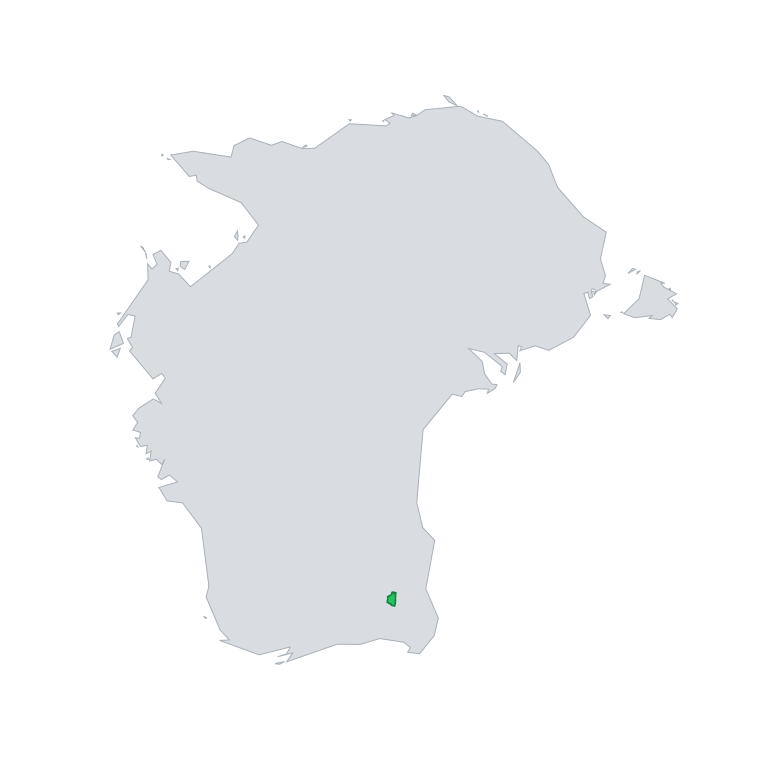 location of Narembeen, Western Australia, Australia, rotated 280°
{"feature_id": "25037944B21858000962433", "entity_name": "Narembeen", "entity_type": "district", "adm_level": 2, "iso_a3": "AUS", "parent_name": "Australia", "parent_adm1": "Western Australia", "projection": "albers", "projection_center": [118.572, -32.022], "detail": "fine", "context": "in_parent", "style": "filled", "palette": "green", "viewbox_px": 768, "rotation_deg": 280, "n_neighbors": 0, "source": "geoboundaries", "source_scale": "gbopen_adm2", "svg_char_len": 5515}
<svg xmlns="http://www.w3.org/2000/svg" viewBox="0 0 768 768"><g transform="rotate(280 384 384)"><path d="M580.1,155.7L580.9,194.0L592.7,194.9L603.0,208.9L599.5,231.7L605.1,241.3L601.6,262.6L604.1,274.8L634.3,304.7L638.6,341.7L642.0,344.6L644.5,338.9L650.2,347.2L652.3,344.6L650.4,362.3L653.3,368.7L661.3,377.0L670.9,411.3L664.0,429.9L663.3,454.9L640.2,494.4L628.9,507.9L608.0,520.6L583.3,551.2L572.1,576.5L544.8,575.4L529.1,583.3L521.0,582.3L521.5,589.4L511.6,576.6L514.0,574.9L513.7,572.3L511.5,571.7L506.3,574.7L503.9,571.5L509.9,568.8L507.8,565.1L487.5,575.5L462.8,562.4L445.7,540.4L447.8,526.4L440.4,512.0L444.5,513.2L445.1,509.5L430.1,510.6L436.1,502.0L433.1,487.3L425.0,501.9L414.2,501.6L416.8,496.7L421.7,497.5L432.7,477.5L433.6,461.2L423.3,476.7L411.5,481.3L402.7,490.2L402.9,495.5L398.8,494.1L392.7,487.4L397.1,488.0L395.6,477.5L390.6,465.2L385.2,462.9L385.8,452.9L345.8,430.4L273.0,436.8L249.4,447.0L238.8,461.1L189.6,460.7L162.9,478.1L145.0,477.2L124.5,465.9L123.9,453.9L128.9,455.8L133.1,448.4L132.6,424.1L123.5,406.0L119.6,383.1L93.5,336.3L103.3,340.9L97.0,326.7L101.4,335.0L108.7,337.3L95.6,308.0L102.9,266.6L105.1,276.2L113.3,265.3L143.5,245.8L154.3,246.7L210.2,229.3L232.0,206.2L231.2,190.8L243.0,180.2L251.7,197.7L257.1,188.5L251.3,181.4L253.3,177.3L271.9,181.1L266.1,179.2L270.4,172.7L267.4,166.6L277.5,166.4L274.1,161.8L282.5,161.6L280.1,155.1L287.8,148.5L288.1,152.7L294.0,152.6L295.1,144.6L303.3,148.1L309.3,142.0L318.0,147.2L329.2,159.4L326.3,168.2L335.2,160.3L351.9,167.7L355.8,163.2L348.9,155.6L372.5,127.6L376.3,130.0L384.2,123.3L386.3,126.8L407.7,127.1L408.0,119.7L394.5,112.6L397.0,111.1L445.8,133.6L461.4,130.3L456.9,135.6L462.5,139.8L471.3,134.0L476.9,141.1L466.7,153.1L457.8,152.9L456.7,162.6L446.2,176.5L485.9,211.8L497.4,216.9L499.9,224.3L518.7,232.8L537.8,211.8L546.2,177.3L551.3,164.9L557.1,162.9L554.5,156.2L572.5,134.3L580.1,155.7ZM495.0,607.9L512.3,620.4L536.3,621.8L531.9,643.2L531.5,639.0L528.0,642.8L523.6,656.4L517.2,648.6L508.9,659.8L499.5,656.3L502.3,653.2L495.4,645.1L494.7,633.5L498.0,636.3L492.8,619.2L495.0,607.9ZM370.6,108.2L385.4,109.8L389.5,114.1L378.8,120.4L370.6,108.2ZM408.0,511.2L428.6,514.2L419.2,516.2L408.0,511.2ZM469.4,162.6L471.0,170.6L462.2,167.9L464.5,162.8L469.4,162.6ZM670.8,407.6L673.1,398.9L678.5,392.8L678.1,398.3L670.8,407.6ZM535.2,605.1L541.1,608.7L540.5,611.6L535.2,605.1ZM368.9,110.2L373.3,118.1L364.0,116.6L368.9,110.2ZM490.7,595.0L487.2,593.3L490.4,588.7L490.7,595.0ZM509.4,213.1L504.7,214.5L500.2,214.9L503.2,211.1L509.4,213.1ZM93.4,334.2L90.0,330.0L89.5,325.9L90.0,325.7L93.4,334.2ZM538.3,614.1L540.2,616.8L535.9,613.8L538.3,614.1ZM652.8,364.3L655.7,365.2L654.5,369.0L652.8,364.3ZM602.7,262.5L605.8,265.8L604.8,266.9L602.7,262.5ZM515.0,656.0L514.4,659.5L512.3,657.8L515.0,656.0ZM667.3,434.6L666.0,439.4L665.6,439.2L667.3,434.6ZM408.2,112.3L406.0,110.0L407.7,109.2L408.2,112.3ZM476.5,123.0L472.4,126.1L477.7,120.3L476.5,123.0ZM669.6,429.1L667.7,430.2L669.2,428.8L669.6,429.1ZM470.1,192.2L468.0,192.6L469.4,191.0L470.1,192.2ZM462.3,161.3L459.7,161.2L461.6,159.2L462.3,161.3ZM123.8,246.5L123.2,249.7L122.1,249.4L123.8,246.5ZM568.6,131.6L567.9,134.1L567.4,132.1L568.6,131.6ZM511.2,572.9L511.3,574.7L510.7,574.0L511.2,572.9ZM471.3,127.0L466.0,128.7L471.5,126.4L471.3,127.0ZM280.6,151.4L278.7,153.1L280.0,151.1L280.6,151.4ZM517.0,653.9L515.6,654.3L516.6,653.2L517.0,653.9ZM505.6,221.6L503.1,221.1L504.7,219.8L505.6,221.6ZM270.2,164.6L268.8,165.5L268.8,163.1L270.2,164.6ZM528.0,649.3L526.1,649.8L527.1,648.1L528.0,649.3ZM571.8,125.3L571.1,126.9L569.9,125.7L571.8,125.3ZM509.7,574.9L511.0,576.9L508.3,575.7L509.7,574.9ZM638.6,305.7L637.0,305.4L638.2,303.6L638.6,305.7ZM643.2,338.2L642.4,338.0L643.4,336.6L643.2,338.2ZM496.4,605.5L495.6,606.7L495.6,604.9L496.4,605.5Z" fill="#d9dde1" stroke="#a8b0b8" stroke-width="1"/><path d="M167.3,432.3L167.3,432.6L167.1,432.6L167.1,433.1L167.6,433.1L167.9,433.0L168.2,432.9L168.6,432.9L168.9,432.9L168.9,433.2L169.0,433.2L169.3,433.2L169.9,433.2L170.0,433.2L170.4,433.2L170.6,433.2L170.9,433.2L171.0,433.1L171.3,433.1L171.5,433.0L171.8,433.0L172.0,433.0L172.3,433.0L172.9,433.0L173.0,433.0L173.0,432.8L172.9,432.8L172.9,432.6L173.8,432.6L174.0,432.6L174.3,432.5L174.7,432.5L174.9,432.5L175.4,432.3L175.5,432.3L176.3,432.3L176.8,432.4L177.0,432.4L177.0,432.0L178.2,432.0L179.7,432.0L180.0,432.0L180.4,432.0L180.6,431.8L180.5,431.6L180.3,431.4L180.1,431.2L179.4,430.2L179.7,430.2L180.1,430.2L180.4,430.2L180.7,430.2L180.7,429.9L180.6,428.8L180.3,428.8L180.2,428.8L180.1,428.6L180.1,428.3L180.1,428.1L179.8,428.1L179.6,428.1L179.5,427.9L179.3,427.9L179.2,427.9L178.8,427.9L178.8,428.0L177.9,428.0L177.6,427.6L177.3,427.3L177.1,427.2L176.9,426.9L176.8,426.7L176.7,426.6L176.6,426.4L176.5,426.2L176.4,426.2L176.2,425.8L176.1,425.7L175.9,425.4L175.8,425.2L175.7,425.1L175.5,424.8L175.3,424.6L175.2,424.6L174.9,424.6L174.6,424.6L174.4,424.7L174.4,424.9L174.2,424.9L174.2,425.0L173.9,425.0L173.7,425.0L173.1,425.0L172.9,425.0L172.6,425.0L172.4,425.0L172.1,425.0L171.9,425.0L171.6,425.0L171.4,425.0L171.1,425.0L170.9,425.0L170.6,425.0L170.4,425.0L170.1,425.0L169.9,425.0L169.6,425.0L169.6,425.3L169.5,425.5L169.5,425.8L169.5,426.0L169.2,426.2L169.2,426.4L169.2,426.5L168.9,426.5L168.8,426.9L168.8,427.1L168.8,427.5L168.8,427.9L168.8,428.0L168.8,428.3L168.7,428.3L168.5,428.5L168.5,428.9L168.1,428.9L168.1,429.0L168.1,429.3L168.1,429.6L167.8,429.6L167.8,429.8L167.7,429.9L167.6,430.0L167.4,430.0L167.3,430.6L167.3,431.1L167.3,431.3L167.3,431.6L167.3,432.3Z" fill="#22c55e" stroke="#15803d" stroke-width="1.5"/></g></svg>